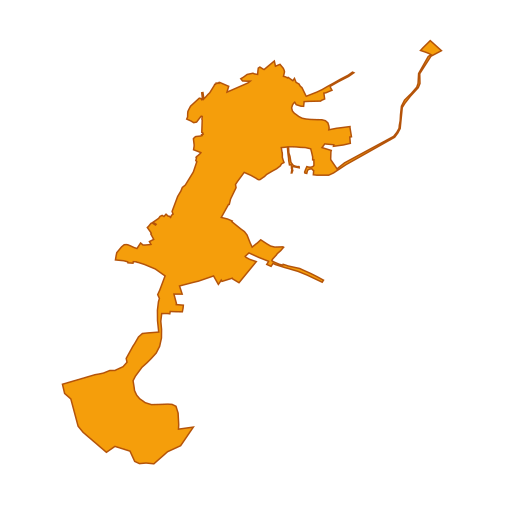 Miercurea Ciuc, Harghita, Romania (Robinson projection), rotated 354°
{"feature_id": "2599482B67036234724680", "entity_name": "Miercurea Ciuc", "entity_type": "district", "adm_level": 2, "iso_a3": "ROU", "parent_name": "Romania", "parent_adm1": "Harghita", "projection": "robinson", "projection_center": [25.638, 46.385], "detail": "fine", "context": "isolated", "style": "filled", "palette": "amber", "viewbox_px": 512, "rotation_deg": 354, "n_neighbors": 0, "source": "geoboundaries", "source_scale": "gbopen_adm2", "svg_char_len": 6076}
<svg xmlns="http://www.w3.org/2000/svg" viewBox="0 0 512 512"><g transform="rotate(354 256 256)"><path d="M355.0,174.6L406.3,152.4L409.9,148.5L412.7,144.3L417.0,123.6L420.1,119.6L426.3,113.2L435.0,105.5L437.1,101.6L437.9,91.8L450.9,75.6L461.9,71.2L451.8,60.0L443.8,66.4L441.1,68.8L445.3,70.7L447.5,71.8L448.2,72.2L449.0,72.6L451.2,74.2L448.2,75.5L436.8,91.5L435.2,101.3L433.5,104.9L427.3,110.7L425.2,112.3L420.0,116.5L416.3,122.2L414.5,130.5L413.5,136.6L412.2,141.0L411.6,144.0L408.9,147.8L405.4,151.4L353.8,172.6L345.6,177.8L345.1,176.7L340.5,168.2L340.4,167.4L341.4,160.1L341.9,158.9L333.0,155.1L336.1,151.7L345.0,153.5L344.5,155.0L354.4,154.7L361.6,153.8L361.6,152.4L361.7,147.5L363.4,147.4L362.9,138.6L362.9,138.2L363.0,137.1L354.3,137.3L349.2,137.4L341.6,138.1L341.8,137.5L342.0,136.9L342.1,135.9L342.0,134.1L341.4,131.1L339.2,128.7L335.8,127.4L330.8,126.8L324.0,125.8L320.1,125.0L316.3,123.8L313.2,121.8L310.5,119.3L309.1,118.1L307.4,115.7L306.9,112.4L308.2,109.4L309.4,108.0L310.6,107.1L311.8,109.7L316.3,111.7L319.0,112.1L319.1,111.7L320.0,107.5L324.4,107.7L336.4,108.7L337.6,108.0L340.7,107.0L340.5,101.1L342.6,101.0L345.8,100.0L348.9,99.1L347.7,96.3L347.6,95.0L356.3,91.2L366.9,87.1L372.5,84.0L371.2,83.2L366.6,85.8L358.2,89.1L351.6,92.0L344.5,95.0L339.2,97.4L333.8,99.3L322.7,102.4L322.4,101.9L320.1,95.5L319.3,93.3L317.9,91.9L317.2,90.6L316.9,89.6L314.0,87.5L312.8,83.4L311.0,85.5L306.6,81.7L306.0,82.2L304.0,80.9L302.1,80.2L303.6,75.8L303.4,74.2L302.8,72.2L299.9,67.9L295.2,69.3L294.6,64.0L283.5,71.4L282.4,70.7L279.6,68.5L277.9,69.4L277.3,71.9L276.6,75.6L273.4,74.7L272.1,73.9L266.2,74.5L262.1,76.9L259.4,78.1L260.9,80.5L265.3,81.2L268.5,81.5L266.0,83.1L244.3,90.0L245.0,88.1L246.6,84.4L237.9,79.5L237.5,79.5L237.3,80.3L236.6,79.9L236.2,79.9L236.0,80.3L234.4,79.8L233.8,81.0L232.8,81.0L232.5,81.8L227.0,88.9L225.1,90.3L222.4,92.8L220.3,94.5L220.5,93.3L220.5,91.9L220.3,87.9L219.1,88.0L219.2,94.5L218.3,94.9L217.7,93.6L216.1,93.1L206.6,100.1L204.4,103.4L203.4,105.1L203.0,106.9L202.5,110.6L201.4,112.6L205.4,114.9L208.0,116.9L210.9,116.6L215.8,111.4L216.6,111.3L217.1,111.6L216.5,114.4L216.7,115.2L215.0,127.4L215.9,127.9L215.9,128.3L216.2,129.3L214.6,129.7L215.0,130.6L213.1,130.9L208.6,130.9L207.3,131.6L206.0,132.8L206.1,139.1L205.9,140.5L205.0,143.8L212.0,147.4L211.6,148.0L208.3,150.4L207.6,150.7L206.9,151.3L206.7,151.8L207.1,152.1L206.6,153.5L206.1,154.9L206.8,155.6L207.0,156.0L203.3,164.1L202.4,166.0L193.1,178.1L189.9,180.1L188.1,183.5L184.3,188.6L177.2,202.9L177.9,205.7L176.2,206.7L175.1,208.7L173.9,207.4L172.9,207.3L170.9,205.0L168.6,207.1L166.9,205.8L164.7,206.6L163.1,208.4L157.0,211.7L160.0,214.0L159.3,214.7L156.1,212.2L154.9,212.6L152.2,215.3L150.9,216.3L153.6,221.1L154.2,222.5L153.7,223.1L154.8,225.8L156.0,228.8L151.5,230.5L152.8,233.5L152.0,233.6L147.0,233.5L144.8,233.3L142.6,231.0L139.0,235.4L138.4,236.1L135.7,234.9L132.2,232.8L129.8,231.5L128.4,231.1L126.1,231.0L123.2,232.9L117.9,238.1L117.0,240.8L115.8,245.2L124.0,246.9L127.8,248.4L127.9,249.4L132.9,250.3L133.4,248.8L136.5,249.3L137.0,249.8L138.2,250.1L144.1,252.7L154.5,258.4L163.5,266.3L156.7,279.9L154.2,284.1L155.5,288.1L154.2,291.3L152.3,299.6L151.3,310.0L151.3,321.5L140.6,321.2L134.9,321.2L130.7,324.2L125.9,330.8L124.2,332.8L116.2,344.3L116.6,348.2L112.2,352.2L105.0,354.6L103.9,355.1L98.6,354.6L92.0,356.5L87.2,357.0L83.6,357.2L50.1,363.3L51.3,372.7L56.9,378.8L61.3,406.7L65.7,413.4L86.7,435.6L95.8,430.6L110.3,436.9L113.9,447.6L118.4,450.3L125.1,450.4L132.7,452.0L147.6,441.4L161.2,436.8L175.8,419.6L160.8,420.1L161.5,415.7L162.1,404.1L160.7,397.1L157.0,394.8L152.8,394.1L145.2,393.6L136.5,392.9L130.5,390.3L125.4,385.8L122.8,382.0L121.1,377.1L121.1,374.7L120.7,367.2L123.5,362.9L130.9,354.8L136.4,350.8L141.2,346.9L146.6,342.1L150.7,335.8L153.4,327.7L154.4,319.1L154.5,310.9L156.2,303.4L161.5,303.9L162.7,304.1L164.2,304.5L164.9,302.2L169.6,302.9L176.9,303.8L178.0,300.3L178.6,297.3L171.6,296.0L171.9,294.9L170.4,285.3L178.6,286.2L176.8,277.8L190.7,275.7L196.1,275.0L211.7,271.4L215.6,280.3L217.4,278.3L218.9,276.3L219.5,277.7L230.0,275.6L230.2,276.2L236.3,280.8L255.7,261.6L249.2,258.6L245.8,256.2L245.2,255.2L246.0,254.6L249.3,252.2L258.6,257.7L268.0,262.6L267.7,263.1L265.8,265.5L269.9,267.9L271.8,265.6L272.1,265.1L274.5,266.6L283.4,270.5L287.0,271.9L290.8,273.5L292.3,274.1L296.2,275.7L304.8,280.3L319.1,289.0L320.6,287.1L318.7,285.8L314.5,282.9L308.6,279.1L301.5,275.0L298.2,273.0L286.7,269.2L285.3,268.5L282.1,267.1L281.6,267.9L278.2,266.6L273.9,264.2L271.5,262.6L271.3,262.0L272.3,260.7L276.5,257.0L276.9,256.4L277.8,255.6L281.2,253.2L283.3,251.2L284.4,250.2L283.7,249.7L282.2,249.6L275.6,249.1L271.5,247.6L267.9,244.9L262.4,240.4L258.3,243.5L257.9,243.6L253.1,246.8L251.6,242.5L249.3,234.2L247.1,230.6L243.6,227.4L239.5,223.3L235.5,219.3L236.0,218.7L231.5,216.2L225.5,214.0L234.0,201.9L234.8,201.9L236.7,196.6L243.3,186.0L243.1,182.7L245.5,179.8L253.0,171.6L259.4,175.3L264.5,178.9L265.3,179.7L266.3,180.3L267.2,180.5L268.1,180.4L269.4,179.7L271.5,178.5L272.2,178.2L273.1,177.6L275.1,176.0L281.7,173.0L285.6,171.4L289.8,168.8L290.2,168.0L290.7,167.4L291.4,166.8L293.6,166.0L293.5,165.3L293.3,164.7L292.9,163.0L292.5,160.6L292.8,158.0L292.9,156.1L292.7,155.2L292.6,153.1L292.5,150.8L295.2,150.9L298.6,150.8L298.5,156.3L298.5,158.7L298.6,162.3L298.5,164.2L298.8,168.9L300.1,168.9L300.6,169.6L300.5,172.3L300.4,172.7L300.7,173.7L299.8,177.1L300.5,177.1L300.9,175.7L301.2,175.3L301.5,175.1L301.3,173.3L301.4,171.1L302.8,171.1L308.2,172.8L308.2,171.6L307.8,171.5L307.4,171.5L306.7,171.5L304.8,170.9L302.9,170.0L302.2,169.3L300.7,166.8L300.5,166.1L300.2,160.4L299.7,158.1L299.5,157.1L299.5,155.8L299.6,154.6L299.7,150.8L303.6,151.2L307.3,151.7L311.6,152.6L316.4,153.3L321.6,155.1L322.1,158.3L322.4,160.7L322.7,163.4L322.4,166.3L323.6,166.3L323.1,171.9L322.4,172.7L321.2,173.2L319.7,173.4L318.0,173.2L315.9,172.4L314.0,175.8L313.4,177.1L313.1,177.6L313.3,178.6L315.1,179.2L316.3,176.0L318.3,175.2L320.5,175.1L320.9,175.5L321.3,176.3L322.3,177.0L321.5,181.2L325.1,182.0L336.8,183.2L341.8,181.5L355.0,174.6Z" fill="#f59e0b" stroke="#b45309" stroke-width="1.5"/></g></svg>